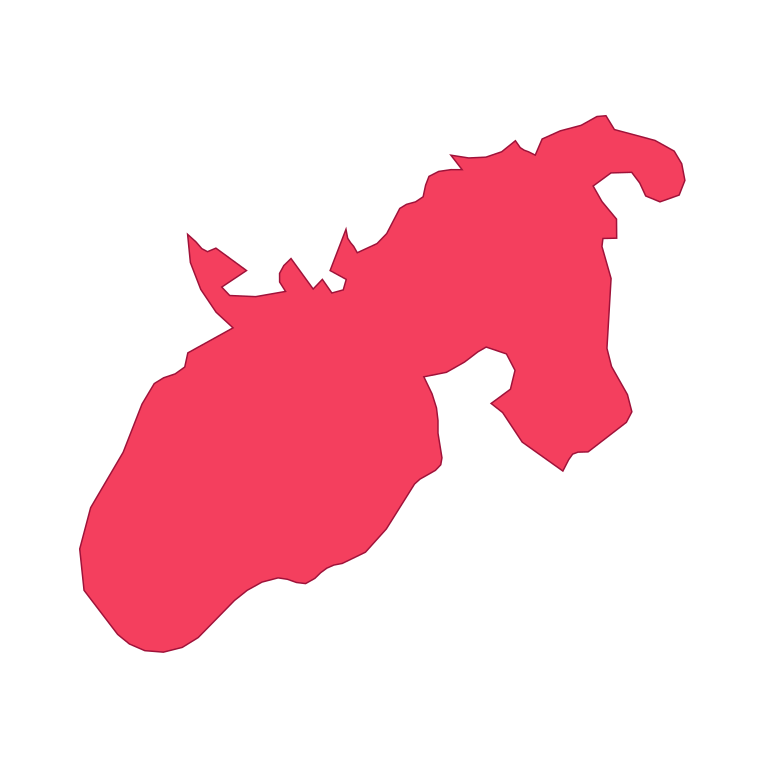 an SVG outline of Martinique, rotated 265°
{"feature_id": "FRA-1442", "entity_name": "Martinique", "entity_type": "Overseas department", "adm_level": 1, "iso_a3": "FRA", "parent_name": "France", "parent_adm1": "", "projection": "robinson", "projection_center": [-60.978, 14.643], "detail": "fine", "context": "isolated", "style": "filled", "palette": "rose", "viewbox_px": 768, "rotation_deg": 265, "n_neighbors": 0, "source": "natural_earth", "source_scale": "10m", "svg_char_len": 1763}
<svg xmlns="http://www.w3.org/2000/svg" viewBox="0 0 768 768"><g transform="rotate(265 384 384)"><path d="M631.9,628.5L617.4,635.7L603.0,675.2L590.7,693.4L577.4,699.8L560.6,701.5L546.5,694.5L541.4,674.8L548.5,661.1L561.9,656.3L573.3,649.2L574.5,628.5L563.0,609.6L546.8,617.0L528.0,630.0L509.0,628.5L509.9,614.8L502.0,613.1L469.3,619.4L400.1,609.2L381.6,612.2L352.2,625.6L334.7,628.5L324.7,622.1L298.6,581.4L299.2,571.3L297.7,565.8L292.5,561.4L281.7,554.6L314.1,516.6L345.2,499.7L355.3,489.0L367.8,509.5L386.2,515.7L403.3,508.6L411.9,489.0L407.9,480.4L398.9,466.2L390.2,447.2L387.7,424.3L370.0,431.0L355.6,434.2L342.9,434.6L330.3,433.5L305.4,435.3L298.6,433.5L293.5,427.7L286.1,411.5L281.7,405.7L239.4,373.7L218.1,350.9L208.9,326.8L208.0,318.2L205.5,310.9L201.5,304.4L196.4,298.2L192.0,288.5L193.9,279.5L197.9,270.7L200.1,261.6L197.3,245.2L190.4,229.7L181.4,216.2L147.6,176.8L139.2,160.1L136.1,140.9L139.2,122.5L147.2,107.7L157.7,96.9L204.6,67.2L246.2,66.5L286.4,81.0L338.7,118.2L385.1,141.2L404.5,155.2L409.4,165.0L412.3,176.9L418.3,187.0L432.1,191.3L453.1,238.5L470.1,223.0L494.2,209.7L521.9,201.7L550.2,201.4L541.9,209.1L534.7,214.3L531.2,219.7L534.0,228.4L509.0,256.9L494.7,230.8L485.6,238.0L482.2,263.8L484.8,294.0L494.7,288.9L503.3,289.6L510.7,294.5L517.1,302.3L484.8,321.7L493.6,331.7L479.2,340.0L481.3,351.6L491.5,355.5L501.7,340.2L541.4,359.6L532.4,360.5L527.7,363.0L523.7,365.8L517.1,368.8L524.5,389.3L533.6,399.8L557.5,415.0L561.0,422.0L562.7,431.3L567.1,439.3L578.5,442.8L586.9,446.9L591.0,457.0L591.7,469.4L590.7,480.5L606.1,470.6L601.8,488.1L601.1,505.3L605.1,521.5L614.9,536.1L607.6,540.3L604.7,544.0L602.7,548.3L598.8,554.6L614.3,562.9L620.8,581.6L624.5,602.9L631.9,619.4L631.9,628.5Z" fill="#f43f5e" stroke="#9f1239" stroke-width="1.5"/></g></svg>